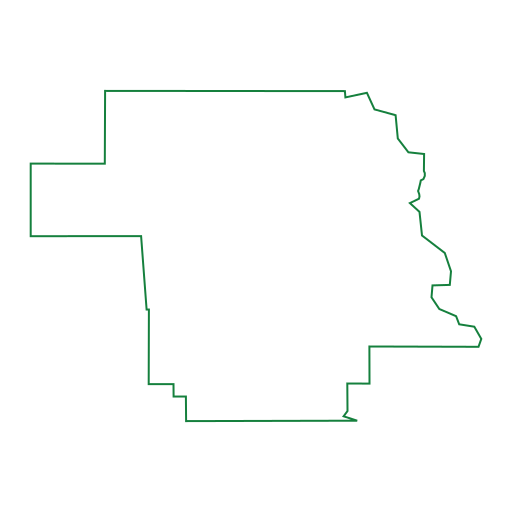 outline of Greer, Oklahoma, United States of America
{"feature_id": "52423323B82267660013487", "entity_name": "Greer", "entity_type": "district", "adm_level": 2, "iso_a3": "USA", "parent_name": "United States of America", "parent_adm1": "Oklahoma", "projection": "robinson", "projection_center": [-99.448, 34.921], "detail": "fine", "context": "isolated", "style": "outline", "palette": "green", "viewbox_px": 512, "rotation_deg": 0, "n_neighbors": 0, "source": "geoboundaries", "source_scale": "gbopen_adm2", "svg_char_len": 744}
<svg xmlns="http://www.w3.org/2000/svg" viewBox="0 0 512 512"><path d="M30.7,163.6L30.7,236.2L141.1,236.1L146.6,309.5L148.9,309.5L148.7,384.1L173.5,384.1L173.6,396.5L185.9,396.5L186.1,421.1L357.2,420.7L343.6,416.3L347.5,411.0L347.3,383.5L369.5,383.6L369.4,346.5L478.5,346.8L481.3,338.9L474.3,326.7L459.2,324.3L456.1,316.2L439.3,309.0L431.5,297.3L432.5,285.4L449.8,284.9L451.0,271.3L444.8,253.0L422.0,235.5L419.5,211.9L409.9,203.1L419.0,198.7L419.5,196.4L419.2,194.1L418.1,191.0L418.8,189.0L420.3,182.9L420.8,180.4L423.4,179.1L424.8,175.9L424.8,173.1L423.9,171.0L424.1,154.0L408.4,152.3L397.8,138.5L395.6,115.2L374.5,109.4L366.9,92.8L345.4,97.4L344.9,91.1L105.1,90.9L104.8,163.7L30.7,163.6Z" fill="none" stroke="#15803d" stroke-width="2"/></svg>